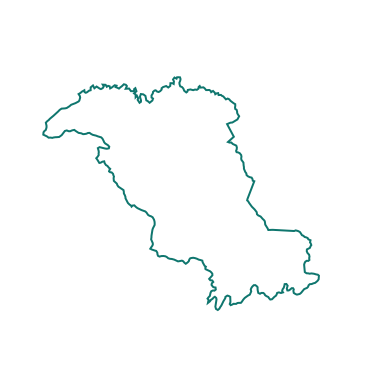 the district of Itarantim, Bahia, Brazil, rotated 144°
{"feature_id": "56859067B61683071099200", "entity_name": "Itarantim", "entity_type": "district", "adm_level": 2, "iso_a3": "BRA", "parent_name": "Brazil", "parent_adm1": "Bahia", "projection": "mercator", "projection_center": [-40.038, -15.683], "detail": "fine", "context": "isolated", "style": "outline", "palette": "teal", "viewbox_px": 384, "rotation_deg": 144, "n_neighbors": 0, "source": "geoboundaries", "source_scale": "gbopen_adm2", "svg_char_len": 6030}
<svg xmlns="http://www.w3.org/2000/svg" viewBox="0 0 384 384"><g transform="rotate(144 192 192)"><path d="M278.6,325.8L276.7,322.3L276.1,320.3L274.3,319.0L273.2,317.9L272.0,317.5L270.3,316.6L268.8,315.6L267.1,314.6L264.0,314.6L259.0,316.1L257.1,315.4L256.1,313.7L254.9,312.8L252.7,312.3L250.7,311.4L250.3,309.9L249.0,306.5L247.1,304.6L246.1,302.8L244.8,302.0L243.1,301.2L241.5,300.9L240.1,300.0L239.5,298.2L238.7,296.6L236.5,294.0L235.5,292.4L233.3,289.5L233.1,287.7L233.4,285.6L233.8,283.9L233.7,282.3L232.5,279.3L232.3,277.3L233.6,276.2L235.4,277.0L236.7,278.2L240.4,282.6L242.4,282.8L243.3,280.3L244.0,279.0L245.0,278.0L245.8,276.7L247.7,276.0L249.6,275.6L249.6,273.6L249.9,270.0L248.7,269.4L246.7,269.2L245.0,268.4L245.7,266.7L245.8,264.4L245.1,262.8L245.0,260.6L244.6,258.8L245.9,258.3L247.0,257.4L246.6,256.1L245.5,255.1L245.2,253.1L245.8,251.6L246.1,250.3L247.2,249.4L248.7,246.9L247.9,243.0L248.4,241.2L248.4,239.5L246.3,233.8L247.0,232.3L248.0,230.8L248.2,229.0L248.7,227.2L249.5,226.0L250.3,220.8L249.9,218.4L249.3,217.0L249.5,215.7L247.9,215.9L246.5,215.1L246.2,213.0L245.6,211.0L243.5,207.1L241.2,203.7L240.9,202.1L241.0,199.3L240.4,197.8L239.4,196.4L238.7,194.7L239.0,191.9L239.7,190.1L240.4,188.9L241.6,187.3L245.1,185.5L246.3,184.6L250.5,180.4L251.6,179.0L252.9,177.7L253.8,173.7L254.5,172.6L255.5,171.9L257.6,171.2L259.1,170.6L258.4,169.2L256.5,166.5L255.6,165.4L255.7,163.4L256.7,161.6L257.0,160.2L256.2,158.8L254.5,158.2L252.7,157.0L251.3,155.6L250.6,154.2L250.2,152.4L249.1,150.9L247.7,149.7L246.1,147.7L244.1,144.1L242.5,143.3L240.5,142.4L239.8,141.1L239.7,139.2L239.2,137.6L237.0,137.6L235.3,137.9L233.8,139.0L232.4,139.4L231.2,138.9L229.7,138.1L228.4,136.7L227.3,135.2L226.3,133.3L225.0,131.8L224.0,130.4L224.7,128.8L225.2,124.9L224.7,123.4L225.9,122.8L226.4,121.6L223.9,117.1L223.6,115.5L223.6,113.9L224.5,112.6L229.2,111.6L229.1,109.9L227.6,108.5L227.7,106.7L229.6,106.5L230.8,105.4L230.8,103.0L230.2,101.9L229.1,100.9L230.1,99.1L231.8,99.0L232.9,100.0L234.7,100.4L236.2,99.6L238.7,97.4L240.5,97.1L242.1,96.6L242.0,95.0L244.3,92.9L241.8,93.0L240.0,93.6L238.2,93.5L236.6,93.9L235.1,93.8L234.7,92.1L235.3,90.7L240.5,85.5L241.3,83.3L240.5,81.4L238.5,81.5L236.8,82.3L235.0,82.9L230.7,85.2L227.6,86.5L226.6,87.5L224.3,87.4L223.4,86.3L222.7,84.7L225.6,80.4L227.3,79.2L227.2,77.7L225.6,77.3L224.1,77.1L222.0,75.5L220.6,75.5L219.4,74.9L217.7,73.6L216.2,73.9L213.8,74.8L211.6,75.3L207.8,75.3L205.5,75.0L202.5,76.8L201.7,78.7L199.9,79.7L198.4,80.1L196.8,80.3L195.5,79.4L195.0,77.8L194.9,76.4L195.8,75.2L196.6,73.9L197.7,71.4L196.8,69.7L195.2,69.6L193.7,68.5L193.3,67.2L193.5,65.5L193.0,64.0L192.0,62.2L192.1,60.6L191.9,59.0L190.3,58.2L186.7,58.8L185.4,58.7L184.0,59.2L182.4,60.3L180.7,59.7L179.4,58.0L177.4,57.3L177.3,58.9L175.9,60.0L174.1,60.6L172.7,61.6L171.2,63.0L169.7,62.1L169.7,60.0L172.1,58.1L172.7,56.3L171.6,55.5L169.9,55.4L167.9,55.6L166.8,54.8L166.9,53.4L168.1,52.4L169.0,50.5L168.2,48.5L167.4,47.3L164.8,46.2L162.9,46.3L160.7,46.9L158.3,47.5L155.2,46.8L153.8,47.1L152.5,48.0L150.9,48.2L149.3,47.2L147.6,46.8L145.7,46.1L142.8,46.3L140.9,46.9L138.5,49.7L138.8,51.1L140.1,52.5L141.4,54.2L143.2,55.9L144.9,56.8L145.9,58.0L147.1,58.9L147.8,60.9L144.0,67.3L142.9,68.2L141.3,69.0L139.6,68.9L138.4,67.9L137.0,68.0L136.0,69.7L134.9,70.7L134.1,72.5L134.4,74.8L134.0,76.6L132.8,78.0L129.5,77.5L127.9,78.5L126.7,78.9L126.2,80.5L126.1,81.9L124.5,83.3L125.7,85.3L125.5,86.8L126.3,88.2L127.3,89.4L127.6,91.1L128.4,92.4L128.2,96.0L128.9,97.7L129.7,98.8L130.7,100.0L132.3,100.4L149.0,114.0L152.6,116.4L152.2,118.2L151.9,122.6L151.1,124.0L150.3,125.6L150.3,127.1L150.6,128.5L150.9,131.8L152.2,134.2L152.5,135.8L151.5,137.7L151.6,141.1L152.2,145.0L152.2,149.7L152.0,151.4L152.3,152.8L151.3,153.7L135.3,164.1L136.2,165.4L135.5,166.8L135.3,168.6L136.6,170.1L137.5,171.8L137.9,173.6L137.1,175.2L137.1,177.0L136.3,180.3L135.3,181.7L134.7,183.0L133.1,185.6L133.1,189.1L132.3,190.5L131.3,191.4L130.5,193.0L130.6,195.4L131.5,197.0L132.5,198.0L132.2,199.3L130.7,200.3L129.5,201.7L128.9,203.5L130.8,206.9L131.1,208.9L132.6,209.9L133.5,211.3L125.7,212.1L123.7,226.3L120.2,225.5L118.5,224.5L112.6,224.0L109.3,225.6L109.3,227.8L109.0,229.4L108.2,230.6L107.6,232.3L108.2,233.8L107.5,235.1L106.3,236.3L105.4,237.7L106.1,239.2L107.3,243.2L107.4,245.1L108.2,246.6L110.1,247.0L110.5,251.0L111.2,252.1L111.5,253.5L113.5,254.8L112.7,256.6L114.0,257.3L115.7,257.4L115.2,259.0L115.6,261.4L117.8,261.5L117.5,263.0L118.0,264.3L120.7,266.2L120.8,268.3L121.2,269.9L123.8,271.5L123.5,273.2L124.8,273.1L126.1,271.8L128.0,271.8L129.3,273.1L131.2,273.7L133.0,275.9L135.4,277.0L136.8,275.9L138.1,275.9L138.8,278.5L138.2,280.8L138.4,282.8L139.4,284.4L138.8,286.4L138.0,287.8L136.2,288.9L134.9,290.1L134.3,291.8L135.6,292.9L136.7,293.6L137.9,292.8L138.9,294.9L141.2,294.2L141.6,292.1L143.3,290.2L143.9,291.5L145.5,292.7L147.3,290.6L149.8,290.5L150.6,292.9L153.7,293.9L155.6,293.8L156.4,292.7L158.3,292.3L160.2,292.5L161.2,293.7L161.6,295.6L162.7,296.1L164.7,295.9L165.7,294.8L168.0,293.9L169.2,292.2L168.6,290.5L170.3,289.3L173.8,289.1L174.4,291.6L175.1,293.0L173.2,297.1L174.0,299.6L175.8,301.3L178.1,299.7L179.4,296.1L180.3,295.0L182.0,295.0L181.8,298.5L180.4,299.5L180.0,302.2L181.9,301.8L180.3,304.1L180.9,305.8L177.7,306.2L176.8,309.3L178.2,309.3L179.8,307.7L182.1,309.5L182.1,312.7L185.0,314.5L182.4,316.0L182.5,317.6L183.8,319.2L186.5,318.8L188.4,318.8L190.3,318.6L191.2,320.4L192.1,321.7L190.6,322.4L191.8,323.8L195.7,323.7L197.3,323.9L196.5,325.9L197.5,327.2L199.1,327.2L198.9,329.5L201.1,331.3L201.3,329.3L203.2,328.5L205.2,328.8L205.9,329.9L207.2,333.4L210.0,333.3L209.5,336.4L212.5,336.2L214.2,333.9L215.7,334.5L218.2,334.4L219.6,334.7L220.2,335.9L219.3,337.6L222.1,337.9L224.0,337.7L226.2,337.9L226.3,335.6L227.0,334.1L229.4,332.2L230.6,331.9L234.1,332.4L238.5,333.6L240.7,333.4L244.0,333.6L245.6,334.3L248.5,336.1L250.8,336.2L253.0,335.8L259.3,335.1L263.9,334.8L265.8,334.4L267.2,334.4L269.5,334.0L270.8,331.0L271.8,329.7L272.8,328.9L274.0,328.1L275.4,328.1L277.0,327.6L278.6,325.8Z" fill="none" stroke="#0f766e" stroke-width="2"/></g></svg>